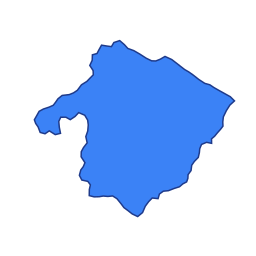 outline of Vermelho Novo, Minas Gerais, Brazil, rotated 290°
{"feature_id": "56859067B8228398709710", "entity_name": "Vermelho Novo", "entity_type": "district", "adm_level": 2, "iso_a3": "BRA", "parent_name": "Brazil", "parent_adm1": "Minas Gerais", "projection": "robinson", "projection_center": [-42.258, -20.028], "detail": "fine", "context": "isolated", "style": "filled", "palette": "blue", "viewbox_px": 256, "rotation_deg": 290, "n_neighbors": 0, "source": "geoboundaries", "source_scale": "gbopen_adm2", "svg_char_len": 1587}
<svg xmlns="http://www.w3.org/2000/svg" viewBox="0 0 256 256"><g transform="rotate(290 128 128)"><path d="M189.9,218.8L192.4,213.4L193.6,205.8L194.4,200.7L195.4,194.9L196.6,190.1L196.2,184.9L197.8,178.0L200.1,171.0L201.5,165.8L202.3,161.3L203.8,156.6L205.5,151.4L207.3,145.7L207.9,138.3L203.7,134.8L200.5,131.2L199.2,127.2L199.8,121.3L201.5,113.8L202.7,107.0L202.7,100.6L205.1,96.1L207.3,90.3L203.5,85.5L198.8,84.6L197.8,80.1L196.8,74.8L191.9,74.0L187.4,73.4L184.6,69.5L179.4,71.2L173.7,70.7L170.0,75.6L166.1,77.2L162.0,75.3L157.7,73.4L152.7,69.5L146.1,67.5L142.4,64.8L139.3,61.4L136.1,55.0L131.5,52.2L127.3,51.1L123.8,50.0L120.7,46.8L116.9,42.0L113.3,38.8L109.0,38.1L103.7,37.2L100.7,39.7L98.3,43.1L93.8,47.0L94.2,52.0L98.4,55.0L96.9,61.9L99.9,66.4L105.2,63.2L110.5,60.7L115.1,61.1L116.9,65.9L116.1,70.9L120.7,74.3L125.6,76.4L125.2,83.0L121.6,87.4L117.3,89.6L111.4,91.2L105.5,91.3L100.1,94.7L94.5,92.9L89.7,92.2L84.9,93.8L80.7,99.4L76.4,99.2L72.4,98.0L66.9,98.5L63.3,102.4L64.1,108.5L61.7,112.1L57.0,112.7L51.2,114.7L51.7,119.7L53.6,124.5L55.6,128.0L56.8,132.5L58.9,136.8L57.8,141.8L54.5,147.3L51.8,151.4L50.5,155.8L48.7,161.3L48.1,167.4L53.5,170.6L60.4,171.0L65.9,172.6L70.5,174.7L71.9,180.4L76.7,180.1L80.7,182.8L82.9,187.4L87.1,192.2L90.4,196.5L94.2,198.6L97.4,201.5L101.1,201.5L104.7,200.4L109.6,201.8L114.8,200.6L119.3,201.8L124.4,204.1L129.2,203.5L133.1,202.5L137.7,202.7L141.4,206.7L142.2,211.8L146.4,210.2L149.9,212.2L153.9,213.6L158.4,215.4L162.2,216.6L166.1,215.0L171.1,213.8L178.0,214.5L184.4,215.9L189.9,218.8Z" fill="#3b82f6" stroke="#1e3a8a" stroke-width="1.5"/></g></svg>